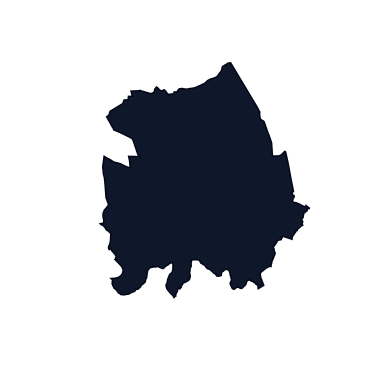 outline of Yehualtepec, Puebla, Mexico, rotated 129°
{"feature_id": "50627088B45895820566273", "entity_name": "Yehualtepec", "entity_type": "district", "adm_level": 2, "iso_a3": "MEX", "parent_name": "Mexico", "parent_adm1": "Puebla", "projection": "natural_earth1", "projection_center": [-97.668, 18.767], "detail": "fine", "context": "isolated", "style": "filled", "palette": "ink", "viewbox_px": 384, "rotation_deg": 129, "n_neighbors": 0, "source": "geoboundaries", "source_scale": "gbopen_adm2", "svg_char_len": 5956}
<svg xmlns="http://www.w3.org/2000/svg" viewBox="0 0 384 384"><g transform="rotate(129 192 192)"><path d="M132.8,285.7L135.7,285.7L136.3,285.2L136.9,284.8L138.0,284.5L138.9,284.5L139.8,284.8L140.9,285.6L141.8,286.5L145.1,294.5L145.9,296.6L146.1,296.6L146.3,296.5L152.0,302.9L155.2,298.6L157.7,301.6L160.4,299.7L163.4,302.7L166.8,301.4L180.8,306.5L181.0,306.4L184.3,305.0L187.3,305.7L191.9,294.1L191.9,293.5L192.0,293.3L193.0,291.9L191.0,285.3L188.1,272.1L189.4,269.5L197.5,256.8L197.7,256.0L197.5,255.5L197.4,254.8L204.2,263.7L206.9,260.3L210.6,256.7L212.4,255.4L213.6,259.0L214.4,262.0L215.0,265.3L218.1,272.1L218.1,274.4L219.3,280.4L219.5,282.8L228.7,277.2L231.6,274.2L233.2,272.9L236.1,269.0L239.3,265.8L250.6,255.1L254.2,249.1L255.0,248.7L257.7,248.6L261.6,248.7L262.4,248.3L264.5,247.7L266.8,246.0L267.6,245.0L268.6,243.9L269.4,242.8L270.9,241.7L272.1,241.3L274.4,243.4L274.6,242.2L274.0,240.0L274.1,238.8L274.4,237.1L275.0,235.9L275.4,234.1L275.0,233.2L275.3,229.0L279.8,225.7L282.1,224.1L282.7,224.0L284.5,222.9L286.2,222.8L286.7,222.4L287.8,221.9L288.7,220.6L288.9,220.1L287.9,219.7L286.9,219.2L287.1,219.1L287.7,218.2L288.0,217.4L288.2,217.1L288.4,215.4L288.9,212.8L289.2,212.0L289.3,211.3L289.7,210.4L290.0,209.9L291.1,210.2L292.2,208.7L292.9,209.3L294.0,200.6L295.0,197.8L296.3,196.1L299.2,194.8L300.5,194.6L302.2,194.8L304.4,195.3L307.2,197.3L310.2,200.5L310.3,198.8L310.5,198.1L311.6,197.6L312.1,197.6L312.5,195.9L313.5,196.4L314.3,195.1L315.2,193.1L315.7,192.4L315.8,188.2L316.3,187.6L316.7,185.4L316.4,184.2L316.4,182.5L315.4,181.4L314.9,180.2L313.0,178.7L311.1,176.9L309.5,176.3L308.0,175.7L305.3,174.0L304.4,174.2L302.5,174.2L302.3,173.5L301.3,172.7L300.5,172.7L299.2,172.4L298.1,172.3L296.1,172.7L294.2,172.1L292.6,171.9L291.1,171.8L289.0,173.1L288.0,173.1L287.2,173.4L285.9,174.1L283.7,175.5L281.5,176.7L279.8,177.3L276.8,176.7L275.0,175.1L273.8,174.9L273.9,174.0L272.7,172.7L271.2,171.7L271.1,170.4L270.5,168.4L270.4,167.7L269.7,166.2L266.7,165.8L264.6,165.2L263.7,164.7L262.6,164.7L259.1,163.1L260.1,161.5L261.9,159.8L263.0,159.2L264.0,158.1L265.4,157.7L266.1,157.1L268.0,157.0L269.0,157.3L270.4,157.5L271.9,156.9L273.4,156.5L275.5,155.8L276.7,155.1L277.7,154.3L279.6,154.0L280.4,153.7L281.1,153.1L281.8,152.5L282.3,151.6L283.0,150.6L283.3,149.7L284.4,144.3L284.5,142.2L284.8,141.0L285.4,139.6L283.9,139.5L283.1,139.1L282.2,139.9L281.5,140.3L278.2,140.9L277.3,141.5L275.5,141.9L274.6,141.3L274.9,140.5L273.0,140.4L272.1,141.0L270.6,141.1L268.8,141.5L267.3,141.2L266.5,140.4L265.0,139.9L262.8,139.0L262.1,139.1L260.9,139.1L260.2,139.6L258.8,140.1L258.1,140.7L256.4,142.9L255.3,143.6L254.1,144.1L253.4,145.2L252.4,145.3L249.7,146.1L249.0,147.0L247.4,148.3L245.9,148.9L245.1,149.7L242.3,146.5L240.3,143.6L240.8,142.8L241.0,141.9L241.7,140.5L241.3,138.9L241.5,138.2L241.2,137.2L241.0,136.2L241.0,135.4L241.5,134.3L241.9,132.0L241.0,129.4L241.0,128.1L241.2,125.5L241.4,124.0L241.0,122.8L241.3,121.3L241.7,119.9L241.1,118.8L240.2,117.9L238.5,116.7L237.2,117.5L236.2,118.6L233.4,117.7L232.5,117.9L231.7,117.6L231.2,117.0L230.0,116.0L229.8,114.7L229.9,113.7L230.6,112.4L231.4,111.1L231.9,110.7L233.2,109.1L233.7,107.8L234.6,107.4L235.0,106.1L235.9,105.8L237.2,105.4L238.3,105.2L239.3,104.6L240.1,103.2L240.8,101.6L241.6,100.1L241.4,98.4L240.9,97.9L239.5,97.7L237.8,97.1L237.4,96.7L236.8,96.0L236.5,94.2L236.1,93.3L235.5,92.6L233.6,92.3L232.8,92.3L231.3,92.0L230.2,92.0L229.4,92.2L227.3,93.1L226.5,93.2L225.9,93.1L224.5,92.3L223.9,92.5L224.1,91.8L224.0,91.1L224.1,90.3L223.7,89.5L223.4,88.8L223.3,88.1L223.3,87.2L223.0,85.9L223.4,84.6L223.2,83.2L223.2,81.7L224.2,81.1L225.5,79.7L219.4,77.5L215.3,84.6L215.1,84.8L213.9,86.3L211.7,88.1L206.6,86.9L204.7,86.6L201.0,85.0L200.8,84.9L200.6,84.5L200.4,83.8L200.1,83.7L199.4,84.4L199.0,84.5L198.2,85.0L197.7,85.1L197.3,85.3L196.9,85.7L196.3,85.7L195.8,86.2L195.5,86.4L194.7,86.4L194.4,86.7L193.4,87.0L192.9,86.8L192.1,87.6L191.5,87.3L191.3,87.5L191.3,87.9L191.0,88.0L190.3,87.8L189.9,88.1L189.6,88.3L189.3,88.0L189.1,88.0L188.9,88.2L188.4,88.5L187.4,88.7L187.0,89.1L186.3,90.6L185.9,90.9L185.2,92.0L184.6,92.3L184.3,93.3L184.2,93.6L183.9,93.9L181.5,94.4L180.9,94.2L180.6,94.5L179.4,94.5L179.1,94.3L178.4,94.4L177.1,94.8L176.0,94.8L175.2,94.6L173.9,93.6L173.2,92.9L172.9,92.7L172.1,93.0L171.5,93.6L171.0,93.6L170.6,93.2L170.4,93.4L170.4,93.8L170.3,94.0L169.6,94.4L165.8,84.6L165.5,85.0L164.5,85.3L163.9,85.8L163.4,85.9L161.5,86.0L160.4,86.2L159.3,86.2L159.1,86.4L158.0,86.3L157.9,86.6L157.8,86.8L157.3,86.8L157.0,86.7L156.0,86.0L155.6,86.0L155.1,86.7L154.6,86.9L153.9,86.4L153.1,86.1L152.3,86.4L152.0,86.2L151.5,85.9L150.5,86.0L148.8,85.3L148.1,85.1L148.1,85.7L147.4,86.5L146.2,86.8L145.7,87.2L145.3,87.4L145.1,87.6L144.8,89.0L144.0,89.6L143.6,89.7L142.0,89.6L138.1,91.8L137.4,91.4L136.5,91.4L135.7,91.2L134.4,90.8L133.8,90.8L133.3,91.5L131.7,91.3L131.1,90.5L130.7,90.7L130.8,93.4L130.7,94.8L131.3,94.4L132.2,94.6L133.3,97.7L133.7,100.7L134.3,102.3L134.6,103.7L134.9,104.6L135.8,105.8L136.0,106.4L136.0,107.2L136.0,108.8L134.6,108.6L133.7,109.3L131.9,109.4L130.9,109.9L130.5,110.7L131.2,112.2L128.0,114.3L127.6,113.6L119.9,122.9L109.0,135.6L102.0,144.4L101.9,145.4L102.8,145.6L106.9,146.0L109.2,147.1L113.3,151.9L112.9,152.4L112.0,153.4L103.6,161.2L99.0,168.6L98.5,169.7L92.0,180.2L91.9,180.5L92.0,181.9L92.3,183.2L92.2,184.6L91.8,185.5L89.1,188.3L88.2,189.2L87.3,189.5L84.8,195.3L67.3,243.3L69.1,245.1L70.9,245.6L72.9,246.4L74.1,246.7L75.1,247.2L75.7,247.2L77.3,246.3L79.5,245.4L83.0,245.4L84.6,245.2L85.9,245.2L88.2,245.8L91.6,247.9L91.9,248.3L94.8,249.7L96.2,250.1L98.9,250.3L103.5,252.4L108.5,255.0L110.6,256.5L113.3,259.1L115.3,260.7L116.5,262.5L117.9,265.0L119.8,266.8L122.1,267.0L122.9,266.1L125.7,268.9L126.9,267.8L129.7,270.5L130.8,271.7L131.8,270.5L130.5,274.9L130.6,275.4L130.2,275.9L130.1,276.8L130.1,277.8L130.3,278.2L130.9,278.2L131.6,278.8L132.5,279.2L132.8,279.6L133.0,280.3L132.9,282.7L132.6,284.0L132.6,284.7L132.8,285.7Z" fill="#0f172a" stroke="#020617" stroke-width="1.5"/></g></svg>